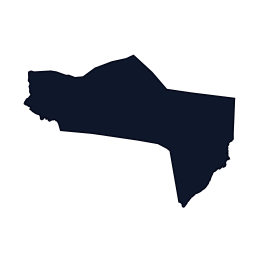 the district of Tawkar, Red Sea, Sudan, rotated 96°
{"feature_id": "16777658B45805430370558", "entity_name": "Tawkar", "entity_type": "district", "adm_level": 2, "iso_a3": "SDN", "parent_name": "Sudan", "parent_adm1": "Red Sea", "projection": "albers", "projection_center": [37.526, 17.9], "detail": "fine", "context": "isolated", "style": "filled", "palette": "ink", "viewbox_px": 256, "rotation_deg": 96, "n_neighbors": 0, "source": "geoboundaries", "source_scale": "gbopen_adm2", "svg_char_len": 3116}
<svg xmlns="http://www.w3.org/2000/svg" viewBox="0 0 256 256"><g transform="rotate(96 128 128)"><path d="M196.1,69.6L196.2,69.0L196.6,67.7L197.9,66.1L199.2,65.9L200.5,65.3L200.7,64.3L199.8,63.5L198.6,62.9L196.8,61.7L195.2,61.3L194.1,60.2L193.0,59.6L192.0,59.1L191.0,58.3L190.2,58.1L189.6,57.1L188.4,56.0L187.3,54.9L186.1,54.2L185.4,52.4L184.5,50.9L183.1,49.0L182.4,48.4L181.6,47.6L179.9,45.6L178.1,44.3L176.2,43.3L174.8,42.5L173.7,42.3L172.7,42.0L171.7,41.5L171.0,40.9L169.9,41.0L169.3,40.7L168.3,40.5L167.2,40.2L166.2,39.8L165.1,39.4L164.2,39.2L163.0,38.7L162.3,38.1L162.0,37.3L161.6,36.8L160.8,36.2L160.5,35.7L159.6,35.1L159.1,34.7L158.7,33.2L159.0,32.6L157.2,30.9L156.2,30.6L156.2,29.9L156.9,29.2L156.4,28.2L155.6,27.3L154.2,27.0L153.0,27.4L152.5,27.7L151.9,27.5L151.4,27.4L150.6,27.1L149.9,26.8L148.6,26.1L149.0,25.4L148.8,25.1L148.3,25.1L148.1,24.0L147.1,24.4L146.4,25.4L145.6,25.7L144.0,26.2L143.8,26.4L143.6,26.6L143.5,26.2L143.2,26.1L142.7,26.1L142.5,26.4L142.2,26.9L141.3,26.3L140.6,26.4L139.8,26.6L138.7,26.9L138.1,26.9L137.2,26.8L135.9,27.3L135.4,27.3L135.0,27.0L134.7,26.6L134.2,26.8L133.7,26.3L133.2,26.6L132.3,26.3L131.2,25.6L130.6,24.7L130.2,24.3L130.1,23.7L129.8,23.7L129.4,23.5L128.7,22.8L128.2,22.4L127.6,22.4L122.4,23.0L116.0,23.4L106.5,24.0L88.1,25.2L87.5,25.2L86.7,68.4L85.7,93.6L70.2,110.1L55.3,130.1L59.4,137.1L61.6,143.7L64.0,150.9L72.0,166.9L79.8,175.5L82.0,177.9L83.6,186.1L81.9,192.3L82.3,195.2L79.9,205.1L79.6,210.8L82.3,227.4L81.8,229.6L81.7,229.8L81.7,230.0L82.0,231.1L82.1,231.4L82.2,231.5L82.3,231.6L82.6,232.1L82.9,232.5L83.7,232.5L84.8,232.3L85.2,232.3L86.2,232.1L87.6,231.9L88.4,231.8L91.1,231.9L91.7,231.7L92.1,231.2L92.4,230.7L93.3,230.3L94.2,229.9L94.9,229.9L95.4,230.0L95.8,230.2L96.5,230.4L97.4,230.5L98.1,230.1L99.4,229.7L99.8,229.5L100.5,229.5L101.0,229.5L101.8,229.5L102.5,229.3L103.2,229.0L103.8,228.5L104.3,228.0L105.2,227.9L105.9,228.2L106.4,228.5L107.2,229.1L107.7,229.4L108.6,229.9L108.9,230.3L109.2,230.7L109.6,231.3L110.0,231.9L110.7,232.1L111.3,232.4L112.1,232.8L112.4,233.0L113.1,233.3L113.5,233.1L113.8,233.1L114.3,233.6L114.7,233.5L114.9,233.1L115.2,232.8L115.6,231.6L115.6,231.2L115.9,230.2L116.1,229.8L116.6,229.3L116.7,228.5L116.7,228.0L117.1,227.4L117.5,227.1L118.4,227.0L119.0,227.2L119.6,227.3L119.9,226.8L120.0,226.3L120.4,225.6L120.7,225.3L121.2,224.9L121.5,224.4L121.8,223.9L122.0,223.2L122.2,222.5L122.6,222.3L123.0,221.5L123.5,219.6L123.9,217.6L124.9,216.6L126.0,216.1L126.6,216.0L127.0,216.0L127.9,215.8L128.2,215.6L128.6,214.7L128.3,214.1L127.9,213.5L127.4,213.0L127.0,212.9L126.5,212.8L126.2,212.2L126.2,211.3L126.5,210.6L127.0,210.5L127.5,210.5L127.6,210.0L127.4,209.6L127.1,209.2L127.3,208.3L127.5,208.2L127.8,208.1L128.3,208.0L128.8,207.7L129.2,206.7L128.5,205.7L128.0,205.1L127.6,203.9L127.5,203.0L127.3,202.7L127.1,201.6L127.2,201.3L127.3,200.9L127.6,200.8L128.2,200.2L128.4,199.2L128.6,198.6L129.5,198.3L129.8,198.1L130.3,197.7L130.6,197.4L137.3,194.7L137.3,194.1L136.9,163.5L137.2,155.7L138.0,135.6L138.8,116.6L140.2,96.5L143.3,88.7L143.9,87.2L146.1,83.7L195.8,69.6L196.1,69.6Z" fill="#0f172a" stroke="#020617" stroke-width="1.5"/></g></svg>